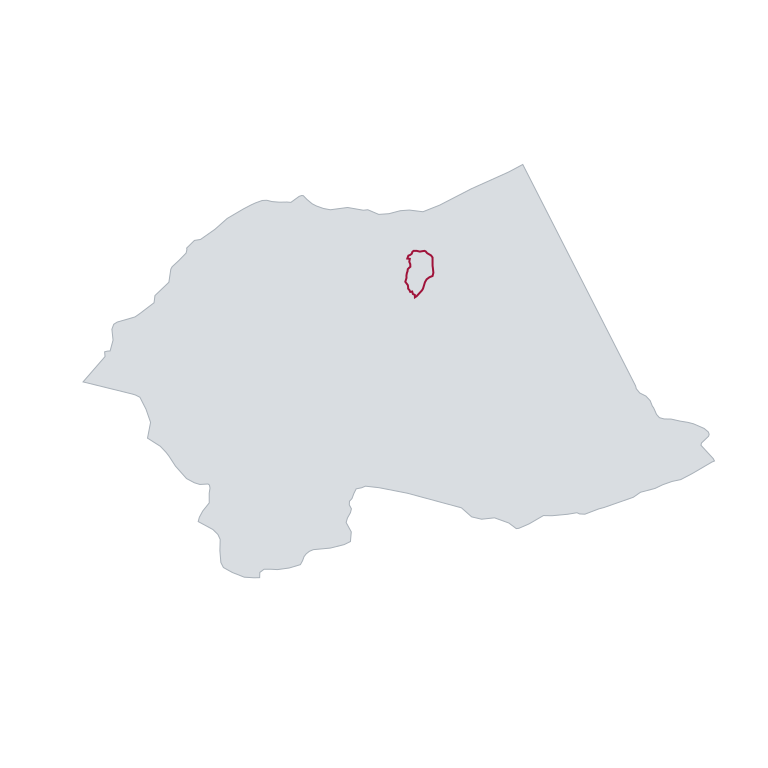 Uganda, with Jinja highlighted, rotated 243°
{"feature_id": "UGA-3064", "entity_name": "Jinja", "entity_type": "District", "adm_level": 1, "iso_a3": "UGA", "parent_name": "Uganda", "parent_adm1": "", "projection": "natural_earth1", "projection_center": [33.327, 0.494], "detail": "fine", "context": "in_parent", "style": "outline", "palette": "rose", "viewbox_px": 768, "rotation_deg": 243, "n_neighbors": 0, "source": "natural_earth", "source_scale": "10m", "svg_char_len": 2940}
<svg xmlns="http://www.w3.org/2000/svg" viewBox="0 0 768 768"><g transform="rotate(243 384 384)"><path d="M516.6,607.3L507.7,607.3L493.3,607.3L478.9,607.3L464.4,607.3L450.0,607.3L435.6,607.3L421.1,607.3L406.7,607.3L392.3,607.3L377.8,607.3L363.4,607.3L349.0,607.3L334.5,607.3L320.1,607.3L305.7,607.3L291.2,607.3L276.8,607.3L268.3,607.3L266.6,607.0L265.4,606.6L259.9,607.8L254.3,611.9L248.3,613.6L241.9,613.0L241.1,613.4L237.9,613.3L233.2,613.0L229.0,614.1L225.7,617.7L222.4,623.9L216.5,631.0L211.9,637.3L208.0,641.7L199.0,649.1L194.0,651.2L191.6,650.9L190.1,649.5L187.3,640.1L185.5,638.6L168.0,643.5L165.4,643.5L165.6,640.6L164.3,618.5L164.1,605.0L166.4,596.5L167.7,586.7L167.9,578.1L171.1,563.4L169.9,554.7L174.1,523.8L175.2,518.8L176.8,503.9L179.4,499.3L181.7,497.5L184.6,488.4L190.4,473.8L194.4,466.3L193.5,449.9L194.2,438.7L195.1,436.2L203.5,432.1L214.6,421.7L219.2,409.6L225.8,401.8L238.5,396.8L276.2,355.1L293.8,332.6L301.4,321.1L301.7,317.0L303.2,311.6L300.1,307.4L296.5,303.5L295.2,300.0L292.1,298.2L287.6,298.3L284.6,295.7L281.2,290.6L277.8,287.4L267.1,287.7L258.9,282.6L259.0,275.5L262.2,261.6L268.5,245.8L268.8,241.4L268.0,237.6L266.5,234.4L263.6,231.3L261.0,227.5L263.1,216.0L267.0,204.8L270.2,199.3L273.4,193.0L272.5,187.8L267.9,185.3L270.3,180.3L275.3,171.8L284.9,163.3L293.4,157.6L299.0,157.6L310.0,162.1L319.9,167.5L325.4,167.7L332.0,165.5L345.8,156.0L349.1,159.0L353.1,164.8L357.4,174.3L366.1,178.7L370.2,181.7L373.2,182.6L374.8,181.8L378.1,174.3L382.1,170.2L389.4,165.1L405.5,160.9L417.1,159.7L422.0,158.8L430.1,156.4L443.1,148.7L455.8,158.6L469.6,160.5L483.0,160.5L487.1,157.5L489.4,155.1L503.5,138.8L522.5,116.8L535.1,147.9L539.5,149.7L538.9,152.4L537.8,155.0L546.1,162.5L556.3,166.4L559.9,170.3L560.3,174.4L556.8,192.6L557.5,197.8L560.8,216.0L566.8,220.1L572.3,238.5L583.1,246.2L584.7,248.5L587.2,257.4L590.5,267.1L593.2,269.4L594.7,269.9L598.0,280.3L596.1,286.1L598.6,303.7L602.7,319.5L603.8,338.3L603.9,346.6L603.7,351.7L602.8,358.8L600.9,363.0L597.4,367.0L593.5,373.3L590.2,380.1L588.1,383.5L589.7,393.6L589.3,396.3L588.4,397.6L583.5,399.1L577.2,401.8L573.3,404.6L567.9,409.7L563.6,415.3L557.8,431.7L548.2,444.5L546.6,448.7L537.5,456.3L533.5,465.7L531.0,477.2L527.5,485.5L519.8,496.9L518.1,514.8L518.3,550.5L516.3,591.3L516.6,607.3Z" fill="#d9dde1" stroke="#a8b0b8" stroke-width="1"/><path d="M458.0,448.8L459.4,449.5L461.2,450.1L465.4,449.4L468.3,452.2L470.4,453.2L472.4,454.7L473.1,455.4L473.7,456.1L475.5,457.3L476.1,459.0L476.5,460.7L478.8,461.8L481.4,462.0L483.8,463.8L485.2,461.7L487.3,464.0L487.1,466.0L487.5,467.9L488.8,469.2L489.2,470.8L487.7,473.7L485.7,476.0L484.9,478.6L484.2,480.6L483.1,481.4L482.0,481.6L480.9,481.9L477.2,484.3L474.7,484.7L467.2,480.9L465.4,480.3L460.7,478.5L458.2,476.3L458.5,473.0L457.9,469.5L456.1,466.7L451.3,462.1L450.2,460.4L447.4,452.9L447.2,450.9L449.4,451.9L451.1,450.6L453.6,451.1L454.1,449.2L456.1,449.3L458.0,448.8Z" fill="none" stroke="#9f1239" stroke-width="2"/></g></svg>